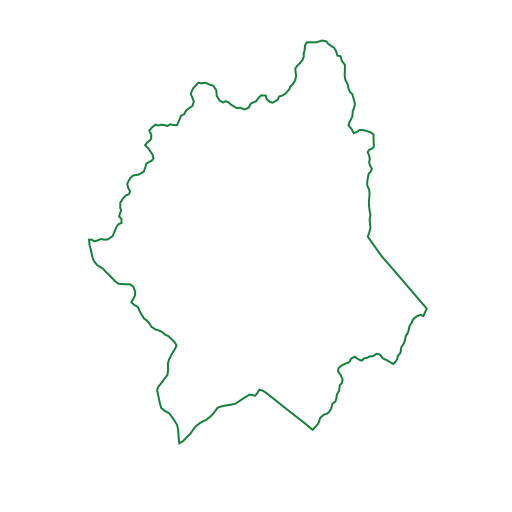 Cachoeiras de Macacu, Rio de Janeiro, Brazil, rotated 339°
{"feature_id": "56859067B22364453208609", "entity_name": "Cachoeiras de Macacu", "entity_type": "district", "adm_level": 2, "iso_a3": "BRA", "parent_name": "Brazil", "parent_adm1": "Rio de Janeiro", "projection": "equal_earth", "projection_center": [-42.734, -22.52], "detail": "fine", "context": "isolated", "style": "outline", "palette": "green", "viewbox_px": 512, "rotation_deg": 339, "n_neighbors": 0, "source": "geoboundaries", "source_scale": "gbopen_adm2", "svg_char_len": 4165}
<svg xmlns="http://www.w3.org/2000/svg" viewBox="0 0 512 512"><g transform="rotate(339 256 256)"><path d="M409.3,184.6L407.0,181.3L403.5,178.5L400.4,176.5L397.7,175.4L394.9,176.3L391.2,176.3L390.8,172.2L389.2,167.0L391.2,164.5L393.3,162.7L396.0,160.2L398.1,155.7L400.6,152.8L402.9,149.6L403.3,145.7L403.9,139.5L402.4,136.2L402.4,132.6L403.1,128.4L402.5,124.0L403.4,119.4L405.7,114.0L407.5,109.6L406.1,104.5L406.4,99.7L403.8,98.1L404.1,93.2L403.5,89.4L401.6,87.1L399.6,84.0L398.4,80.7L395.1,78.6L391.9,78.3L388.9,78.2L386.3,77.1L383.0,75.9L380.1,74.7L377.3,76.9L375.1,81.4L373.1,83.9L372.1,86.9L369.6,89.7L365.8,91.8L362.1,93.5L359.7,95.4L358.7,99.2L358.0,102.4L355.2,106.3L351.7,108.9L348.9,109.9L346.8,112.3L344.5,113.5L341.4,115.1L337.6,115.6L334.5,115.4L332.5,117.8L329.0,118.5L326.3,118.8L324.0,117.0L322.2,113.5L322.5,109.7L318.5,107.9L314.5,109.6L311.3,111.6L308.5,111.6L305.7,111.9L302.2,114.9L297.8,115.1L294.6,112.0L291.2,111.2L289.2,108.7L286.9,105.7L285.3,102.6L283.1,100.6L280.4,100.9L277.9,98.2L276.7,92.6L278.3,87.1L277.2,81.8L273.9,79.2L271.2,76.2L266.7,75.2L264.5,73.5L260.4,75.5L257.3,77.0L254.8,79.4L253.1,81.8L253.4,85.0L253.3,89.5L250.6,93.0L246.7,94.0L242.6,95.2L240.0,97.8L236.3,98.2L232.7,102.0L229.1,105.6L225.9,104.2L223.2,102.4L219.7,102.8L217.4,100.9L214.6,99.5L211.7,99.2L209.1,97.3L205.0,98.7L201.4,100.6L201.7,105.3L200.1,109.0L197.6,110.4L194.7,111.2L192.2,112.8L194.0,116.8L195.1,121.3L195.8,124.5L195.2,128.4L193.0,129.5L190.4,129.9L186.8,130.4L184.6,133.4L181.5,137.0L177.6,137.7L175.2,137.9L172.8,137.3L169.8,136.8L166.6,138.2L164.3,139.9L161.6,142.6L161.1,146.7L161.7,150.6L159.5,152.7L156.1,152.8L153.0,154.3L148.5,157.5L146.7,161.8L146.3,165.3L144.2,167.5L142.4,170.1L143.7,173.2L142.3,177.0L138.9,177.0L136.1,178.9L133.1,182.1L129.3,186.0L126.0,186.9L123.0,187.3L120.1,186.3L117.5,184.6L113.5,184.7L110.1,184.2L108.5,181.9L106.0,180.9L104.6,185.8L104.0,191.3L103.2,196.3L102.7,200.4L103.3,204.1L104.5,207.7L106.8,210.6L108.8,213.4L110.3,217.5L112.1,220.8L113.4,224.4L115.6,229.4L117.5,232.5L120.7,234.2L124.7,235.8L128.4,237.4L130.4,240.6L130.5,245.8L129.0,249.3L125.8,252.2L123.0,254.6L124.9,258.2L127.5,261.3L127.6,265.8L128.3,270.3L129.1,274.4L130.9,277.0L132.1,279.8L133.0,284.5L135.6,288.4L138.5,290.6L141.1,293.3L143.1,297.0L145.6,299.5L147.5,303.6L149.2,307.7L149.8,310.9L147.5,313.4L144.8,315.4L142.6,317.1L140.2,319.2L137.6,321.6L135.1,325.0L133.2,330.6L130.9,335.1L127.8,337.1L124.6,339.1L121.4,341.1L117.8,343.2L115.5,346.1L114.8,350.9L114.0,355.9L113.5,359.0L113.1,363.9L115.1,367.6L118.5,371.6L119.7,375.6L120.8,380.1L121.8,385.6L121.1,389.7L119.8,394.4L118.5,398.5L117.3,403.4L121.2,402.8L123.5,401.8L126.8,400.2L131.1,398.4L135.3,395.4L138.4,393.6L143.9,391.8L147.4,391.3L150.3,391.3L153.2,390.4L155.7,389.6L158.2,388.5L160.5,387.3L163.1,385.6L165.8,383.9L170.1,384.0L174.4,384.8L177.0,385.3L180.1,386.0L183.5,386.5L188.1,385.6L191.5,384.8L194.6,384.1L197.0,383.7L200.2,383.0L205.2,386.1L207.5,384.9L211.1,382.1L214.0,384.0L216.9,388.2L223.6,399.5L229.0,408.7L232.1,413.9L233.9,416.9L242.0,430.4L246.5,438.5L250.0,437.0L252.9,435.4L255.0,433.8L257.8,430.2L262.3,428.5L266.0,428.7L268.9,427.5L271.9,424.9L274.4,421.3L278.0,420.3L279.9,417.9L281.8,414.4L285.4,411.5L287.8,406.8L290.7,405.4L292.5,402.6L292.5,398.0L291.2,393.0L293.1,390.1L296.5,388.9L301.4,388.5L305.1,388.5L307.9,386.0L312.1,385.3L314.2,388.7L317.1,391.6L320.3,390.3L323.3,390.9L326.2,390.5L329.4,391.5L333.3,390.4L336.3,392.3L337.8,397.1L341.0,400.4L343.3,403.4L345.6,406.1L348.4,404.7L351.0,402.8L352.5,400.2L356.1,398.2L359.2,393.0L362.9,390.5L365.0,387.7L367.2,384.4L370.3,382.1L372.3,379.5L374.0,376.6L377.1,374.3L379.8,371.7L382.1,370.6L385.4,369.8L388.5,369.9L390.8,372.0L393.8,369.0L396.5,366.3L382.9,327.9L378.8,316.5L373.1,300.8L367.3,278.0L370.3,274.4L372.9,270.8L373.7,267.8L375.1,262.8L377.5,258.9L378.4,254.0L379.6,249.3L380.7,246.2L382.0,243.4L384.1,239.2L385.5,234.6L385.1,230.3L386.4,226.6L388.9,222.3L390.9,219.4L393.5,218.2L395.5,215.9L394.8,212.7L395.2,209.1L397.1,205.9L397.7,202.3L397.4,199.1L399.5,197.5L402.7,197.3L405.2,196.3L406.4,192.5L407.8,188.7L409.3,184.6Z" fill="none" stroke="#15803d" stroke-width="2"/></g></svg>